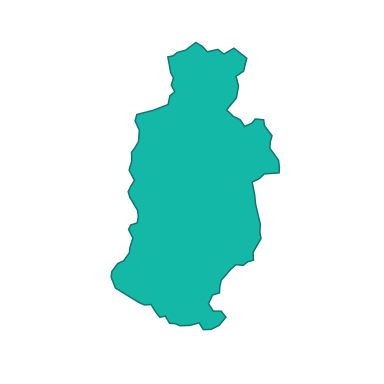 outline of Tabaí, Rio Grande do Sul, Brazil, rotated 150°
{"feature_id": "56859067B50369544487045", "entity_name": "Tabaí", "entity_type": "district", "adm_level": 2, "iso_a3": "BRA", "parent_name": "Brazil", "parent_adm1": "Rio Grande do Sul", "projection": "orthographic", "projection_center": [-51.732, -29.667], "detail": "fine", "context": "isolated", "style": "filled", "palette": "teal", "viewbox_px": 384, "rotation_deg": 150, "n_neighbors": 0, "source": "geoboundaries", "source_scale": "gbopen_adm2", "svg_char_len": 1331}
<svg xmlns="http://www.w3.org/2000/svg" viewBox="0 0 384 384"><g transform="rotate(150 192 192)"><path d="M139.1,158.3L135.0,170.5L127.4,169.9L120.3,171.5L107.0,165.0L103.8,169.9L101.2,176.3L102.7,190.9L99.3,196.1L94.6,200.7L96.1,213.3L93.8,218.7L100.7,223.6L105.7,221.7L113.6,222.4L114.2,230.6L118.4,236.9L121.0,245.8L106.5,251.3L98.8,260.4L96.0,270.2L86.9,270.9L77.7,280.5L83.8,295.6L95.4,295.5L98.4,302.6L108.7,305.8L110.2,312.9L113.9,319.6L126.6,318.0L135.1,320.2L140.1,319.3L145.4,321.1L147.2,315.9L150.8,306.1L151.0,300.1L156.5,294.9L156.8,287.5L163.1,286.3L169.0,279.7L184.4,282.1L201.0,286.7L205.7,282.1L206.7,271.9L213.2,262.3L219.9,258.6L224.6,256.5L228.5,249.1L235.5,242.5L236.0,230.8L242.2,227.5L247.1,224.2L248.5,218.7L248.3,203.4L250.8,197.4L254.9,192.7L261.5,194.0L265.7,191.3L266.2,181.6L273.1,175.4L276.9,170.5L285.8,166.6L291.9,167.2L301.1,163.3L304.6,158.7L306.3,147.0L293.3,123.0L289.8,118.1L283.7,115.0L283.5,106.7L282.5,99.5L277.1,97.9L277.1,89.5L272.4,86.4L269.2,82.1L260.7,77.6L251.2,75.1L251.1,67.2L244.3,63.5L235.3,62.9L225.2,66.6L226.3,74.2L233.1,78.2L233.6,87.0L225.7,92.5L218.6,90.9L215.4,95.9L210.8,101.0L196.4,105.9L190.2,107.1L184.4,102.9L178.6,103.7L172.9,102.2L169.3,109.2L155.5,117.2L153.3,123.3L148.9,130.0L143.1,149.5L139.1,158.3Z" fill="#14b8a6" stroke="#0f766e" stroke-width="1.5"/></g></svg>